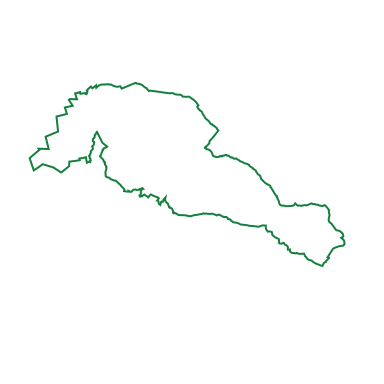 Cetate, Bistrita-Nasaud, Romania, rotated 36°
{"feature_id": "2599482B32384064794632", "entity_name": "Cetate", "entity_type": "district", "adm_level": 2, "iso_a3": "ROU", "parent_name": "Romania", "parent_adm1": "Bistrita-Nasaud", "projection": "albers", "projection_center": [24.662, 47.098], "detail": "fine", "context": "isolated", "style": "outline", "palette": "green", "viewbox_px": 384, "rotation_deg": 36, "n_neighbors": 0, "source": "geoboundaries", "source_scale": "gbopen_adm2", "svg_char_len": 5990}
<svg xmlns="http://www.w3.org/2000/svg" viewBox="0 0 384 384"><g transform="rotate(36 192 192)"><path d="M346.0,144.3L345.1,143.6L344.5,142.7L343.6,142.0L342.6,141.6L341.9,141.8L341.7,141.5L341.2,141.2L340.6,141.4L339.6,141.4L340.5,139.0L339.9,138.3L339.0,137.5L338.2,137.1L337.1,136.9L334.5,136.7L331.1,138.1L323.7,135.7L320.5,135.5L319.5,134.8L318.5,133.6L316.8,129.7L315.2,128.5L313.8,127.0L313.5,126.0L308.6,124.7L307.0,124.6L305.8,126.7L303.1,128.0L301.3,128.4L300.0,129.2L298.3,129.7L297.0,130.7L295.5,130.9L294.3,132.6L292.7,135.4L290.8,136.4L288.4,139.1L286.9,139.7L285.4,141.0L282.2,140.5L282.2,143.2L280.1,145.3L275.9,148.6L274.4,148.9L273.6,149.7L271.7,150.6L270.4,150.5L268.6,149.4L267.4,148.2L265.3,147.3L264.7,146.5L263.6,146.4L263.1,145.4L261.8,145.5L254.3,142.4L253.6,142.0L252.5,141.9L252.3,141.5L251.4,141.0L247.2,141.6L245.4,141.6L241.9,141.0L240.2,140.8L237.8,138.9L235.6,138.7L234.9,139.0L233.6,138.3L232.2,138.0L230.8,137.1L227.4,137.3L227.1,136.9L223.9,137.1L222.9,137.0L222.4,136.5L219.9,136.9L217.5,137.9L215.3,138.1L213.7,138.6L213.0,138.7L212.7,138.9L211.7,138.6L209.8,138.9L207.9,138.9L206.9,140.2L205.6,140.4L204.6,140.3L203.8,140.6L203.7,140.9L203.4,140.9L203.2,141.1L202.8,141.1L202.5,141.4L201.5,141.2L200.1,141.2L199.4,141.4L199.3,141.8L199.1,141.9L197.9,141.9L197.4,142.2L197.2,142.7L196.7,143.2L196.5,143.8L195.6,144.4L195.6,145.2L195.4,145.5L194.4,145.6L194.3,146.2L193.6,146.4L193.3,147.5L192.6,147.9L192.5,148.4L191.9,149.0L190.7,149.7L189.3,149.9L188.6,150.3L187.6,150.3L186.7,149.6L184.7,148.5L184.0,148.1L182.6,147.8L180.8,147.8L179.1,148.5L177.5,148.9L176.5,148.7L176.4,148.1L176.7,147.8L176.5,147.7L176.7,147.3L176.9,146.5L176.8,146.2L176.9,145.9L177.1,145.2L177.3,142.3L176.2,140.3L176.5,138.8L176.9,135.3L177.2,126.8L174.8,126.1L174.5,125.8L173.8,125.7L171.5,125.5L170.5,125.5L170.2,125.8L169.4,125.8L168.5,125.4L167.7,125.8L166.8,125.9L165.2,125.1L164.3,124.9L161.7,124.6L159.8,124.6L157.8,123.6L154.8,122.6L153.2,121.5L152.3,121.2L150.2,121.4L149.6,121.0L149.0,120.9L147.6,120.8L146.8,120.4L146.0,119.7L146.3,118.2L142.9,117.0L142.2,117.0L141.4,116.7L139.1,116.5L133.7,116.6L133.0,117.0L131.4,118.4L128.5,120.2L126.6,119.9L125.2,120.2L124.2,121.0L122.1,122.3L120.5,123.0L118.4,123.2L115.3,125.7L102.0,132.7L98.2,134.9L97.7,135.7L93.9,134.7L92.4,135.1L88.9,134.7L87.7,134.9L85.2,135.8L83.2,136.9L82.4,136.7L81.6,137.8L74.3,149.7L71.9,148.6L69.7,150.8L68.7,151.4L67.1,151.9L66.4,152.3L63.4,152.6L61.4,154.1L60.9,154.1L55.4,158.5L54.4,160.0L53.9,161.4L53.3,163.9L51.8,162.1L50.4,166.7L48.2,166.1L47.3,170.4L47.2,171.6L48.2,171.8L48.6,173.4L48.6,174.0L49.1,174.3L49.2,174.8L48.0,175.2L47.1,174.9L45.9,176.3L44.0,178.1L42.8,176.9L41.8,178.1L41.7,178.2L41.9,178.3L40.6,179.9L39.5,180.8L42.9,183.6L44.5,184.6L38.7,188.5L38.2,189.8L44.8,192.4L39.5,198.3L44.9,202.4L38.0,210.6L48.1,221.8L41.1,233.3L50.8,241.5L42.5,247.1L43.8,247.5L41.7,255.9L40.8,260.1L51.3,267.5L53.3,262.1L54.9,257.3L65.4,253.6L74.4,253.2L74.7,252.9L75.4,250.7L77.4,243.3L74.9,239.5L78.4,236.3L82.5,232.3L81.2,231.1L83.3,229.1L85.8,226.2L87.2,227.7L89.8,230.1L90.9,227.7L91.6,227.9L92.0,227.7L91.7,227.3L91.6,226.1L90.6,225.4L90.0,224.6L89.4,224.7L89.0,224.4L88.6,223.7L87.6,223.4L87.4,222.9L87.7,222.0L87.6,221.4L87.2,220.9L87.1,219.8L86.9,219.3L86.3,218.8L86.2,218.2L86.5,215.9L86.4,215.3L85.7,214.5L85.3,214.4L84.5,213.9L84.4,213.4L84.7,212.5L84.7,212.0L84.4,210.6L84.0,209.9L83.3,209.1L82.2,209.3L81.5,208.7L81.0,207.9L80.8,207.3L81.1,205.1L79.8,202.9L80.0,202.4L80.2,202.2L79.7,200.0L79.7,199.5L79.8,199.2L90.5,204.8L96.7,205.2L96.3,206.5L95.8,207.2L95.1,208.4L94.8,210.2L95.3,210.4L95.5,212.0L95.9,213.7L96.6,215.2L96.4,217.0L97.2,217.4L100.2,217.8L101.6,218.2L102.5,219.1L103.2,219.2L103.6,218.9L104.4,219.4L104.2,219.8L105.6,220.8L105.6,221.0L106.3,221.1L107.9,221.9L107.8,222.1L107.9,222.3L108.2,222.5L108.3,222.9L109.0,223.4L109.3,224.0L110.2,226.7L112.9,229.9L114.4,230.1L116.7,229.1L118.7,229.5L119.8,229.0L122.1,228.6L123.6,227.6L130.1,228.4L131.7,228.9L134.5,229.3L135.8,229.8L136.4,230.6L136.4,231.0L136.5,231.2L140.2,229.3L140.4,228.7L140.8,228.5L140.5,228.3L142.0,228.1L142.5,227.8L142.9,227.3L143.0,225.8L143.3,224.7L144.6,223.3L147.0,222.3L147.7,221.1L147.8,220.7L149.0,219.6L149.1,218.6L149.5,218.0L150.6,218.2L150.0,218.8L149.9,219.4L149.9,220.1L149.7,221.0L151.3,222.9L151.9,224.2L151.8,225.4L151.6,225.6L152.2,226.2L152.7,226.3L152.9,225.8L153.3,225.1L154.2,224.9L154.2,224.5L154.1,223.9L154.6,223.2L154.9,222.1L158.8,222.0L159.7,222.2L159.9,218.5L160.3,218.1L163.6,217.7L167.3,216.5L168.9,216.6L168.8,219.4L169.4,219.1L170.2,219.1L171.5,220.6L172.5,221.0L173.9,221.1L172.9,218.1L173.0,217.6L174.2,217.0L174.1,216.4L173.5,215.1L173.7,212.0L174.3,213.2L174.6,213.9L176.3,215.2L178.6,215.6L179.4,215.6L180.6,216.5L181.6,217.0L182.2,217.7L183.3,217.8L183.3,217.3L185.7,217.3L188.1,218.6L188.7,219.9L189.8,220.0L189.8,219.2L191.3,218.8L192.6,218.6L194.6,218.6L199.5,215.3L202.2,213.8L203.1,213.9L204.0,212.9L205.3,212.4L207.1,209.7L208.8,208.2L213.1,203.7L214.1,202.3L215.1,202.1L216.1,201.1L219.2,199.4L220.9,197.8L223.1,197.0L225.9,196.3L227.0,194.4L232.9,193.5L233.7,192.4L234.4,192.0L235.8,192.0L237.0,192.7L237.7,192.1L239.4,191.8L240.6,192.3L242.2,192.1L243.0,192.3L245.0,191.3L246.0,190.7L247.7,190.1L250.4,189.7L256.8,186.1L257.7,186.0L261.3,183.7L266.2,181.1L268.6,177.6L271.4,175.8L273.5,178.4L276.6,179.5L278.1,178.1L280.2,177.5L282.2,179.5L286.0,179.8L289.7,179.0L290.6,179.7L291.5,180.8L292.1,182.1L293.1,182.1L294.7,181.3L296.0,179.2L297.9,179.9L300.1,179.6L302.1,180.2L302.7,181.5L303.6,182.3L305.0,181.0L306.4,182.6L308.6,182.6L310.7,181.2L312.1,180.7L312.6,179.8L315.3,179.0L318.8,176.0L321.3,177.5L322.8,177.5L324.6,178.4L326.9,178.1L329.1,177.1L330.3,177.4L333.7,177.2L335.8,176.7L337.6,176.1L339.4,175.8L341.0,175.1L340.8,173.8L340.3,172.1L340.7,171.0L341.5,169.9L341.0,168.6L341.4,167.1L341.7,164.9L340.7,164.5L340.0,164.9L339.5,155.4L340.0,153.7L342.8,149.5L345.9,146.4L346.0,144.3Z" fill="none" stroke="#15803d" stroke-width="2"/></g></svg>